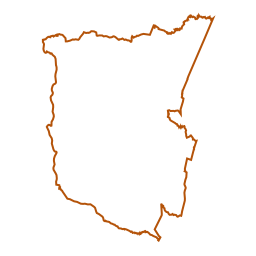 Candelaria, Valle del Cauca, Colombia
{"feature_id": "7082276B28574289150765", "entity_name": "Candelaria", "entity_type": "district", "adm_level": 2, "iso_a3": "COL", "parent_name": "Colombia", "parent_adm1": "Valle del Cauca", "projection": "equal_earth", "projection_center": [-76.363, 3.377], "detail": "fine", "context": "isolated", "style": "outline", "palette": "amber", "viewbox_px": 256, "rotation_deg": 0, "n_neighbors": 0, "source": "geoboundaries", "source_scale": "gbopen_adm2", "svg_char_len": 5697}
<svg xmlns="http://www.w3.org/2000/svg" viewBox="0 0 256 256"><path d="M158.6,240.6L160.4,237.3L158.9,236.0L154.7,229.4L161.7,215.3L161.8,213.9L161.2,203.7L162.1,205.2L163.2,205.8L163.3,206.2L162.8,206.5L162.8,206.8L163.2,207.4L164.5,208.3L164.6,209.7L165.0,210.6L166.5,212.0L168.0,212.3L168.6,213.7L169.6,214.8L171.4,214.7L172.6,214.0L173.1,214.8L173.6,215.1L174.5,214.7L176.2,215.1L177.2,216.5L177.8,216.7L179.9,215.4L181.2,215.8L181.5,214.7L182.1,211.3L184.8,200.7L184.9,198.6L184.4,192.8L184.8,190.6L185.6,188.4L185.7,187.7L185.3,186.5L184.6,185.0L184.4,184.1L185.4,179.7L186.3,177.2L186.6,172.4L184.7,171.2L185.2,170.6L184.9,169.4L184.9,168.7L187.1,158.5L191.1,159.9L193.5,150.6L194.0,149.5L193.8,149.3L194.2,147.9L193.9,147.6L194.0,147.3L194.3,147.4L194.5,146.8L196.5,140.8L195.6,141.0L193.9,139.4L192.9,139.5L192.8,137.9L190.9,135.4L190.5,135.5L189.7,136.5L186.9,137.7L186.2,135.9L186.2,134.7L185.6,131.8L186.1,130.5L185.5,129.0L184.6,127.9L184.4,127.1L184.6,126.8L184.3,126.1L182.8,126.5L182.2,127.1L182.0,126.6L181.8,126.9L181.1,127.1L180.8,126.4L180.6,127.3L180.2,126.6L179.5,126.7L179.1,127.3L178.7,126.1L178.2,126.0L178.0,125.6L177.4,125.5L177.3,124.6L177.0,124.1L175.7,123.7L175.2,123.1L170.4,120.3L169.6,118.8L169.7,118.2L168.9,117.4L167.9,117.0L167.9,116.2L168.3,115.7L168.5,115.0L168.3,114.5L168.8,114.4L168.9,114.1L168.7,113.3L168.4,113.3L168.2,113.0L167.9,110.6L169.2,110.2L170.5,111.0L173.8,110.9L174.7,111.3L175.6,110.8L177.8,110.5L178.6,111.0L180.8,114.2L180.6,109.3L182.9,101.7L183.5,98.5L181.8,97.5L181.7,97.2L182.0,96.8L182.2,94.7L182.0,94.4L182.3,93.6L182.1,93.5L182.4,91.6L182.5,91.7L182.7,90.6L187.6,79.1L187.4,78.9L188.3,76.4L204.4,39.0L213.1,18.4L212.2,19.1L211.3,20.3L211.1,20.0L211.1,18.6L209.7,17.7L209.6,16.8L209.3,17.0L209.2,17.9L209.0,18.2L208.6,18.0L208.5,17.5L208.3,17.4L208.0,17.6L207.6,17.6L206.8,18.4L206.2,18.6L205.6,18.2L204.9,16.9L204.2,17.2L203.3,17.0L202.9,17.6L202.4,17.7L201.3,16.7L200.5,16.7L199.3,16.2L199.0,15.7L198.9,16.7L198.7,16.7L198.8,15.6L197.9,15.6L197.5,16.2L198.0,17.6L197.8,18.2L196.9,19.0L196.1,18.5L195.5,19.0L195.3,18.8L195.3,17.9L195.1,17.6L193.3,16.6L192.6,17.1L191.3,16.1L190.8,15.4L190.3,15.4L190.1,15.6L190.1,16.0L190.9,16.3L190.6,17.1L190.4,17.2L190.0,16.7L189.6,16.9L189.2,16.4L188.7,16.6L187.8,18.3L187.7,19.0L188.0,19.6L187.4,19.6L187.3,20.5L186.5,20.4L185.4,21.1L184.9,21.1L183.6,22.2L183.6,22.6L184.1,22.8L183.9,23.9L184.1,24.3L182.4,26.0L182.0,26.8L181.6,28.6L180.1,28.4L179.7,29.9L179.1,30.2L178.9,30.0L178.8,29.3L177.4,28.8L177.0,29.3L177.0,30.2L176.6,30.2L176.4,29.9L176.1,28.9L175.8,28.9L175.2,29.4L174.6,29.5L175.3,30.5L175.3,31.0L173.9,32.7L173.5,32.9L172.8,32.9L171.9,32.1L171.0,33.0L171.1,33.5L170.9,33.8L170.2,33.3L169.7,33.6L169.2,33.1L168.3,33.8L168.0,33.8L167.8,33.7L167.5,32.7L167.0,32.9L166.8,32.1L165.4,31.6L164.3,30.6L158.7,29.1L158.8,28.6L158.2,27.8L154.9,25.5L154.5,26.0L155.0,26.6L154.6,27.7L153.8,27.1L154.3,26.4L153.6,25.7L149.9,34.8L143.5,33.9L141.1,34.5L138.1,35.9L137.0,35.7L136.4,36.4L134.2,37.1L133.7,37.6L132.2,36.2L131.7,37.3L131.6,40.5L131.3,41.7L130.7,41.8L129.6,40.8L128.9,40.5L128.1,40.3L127.5,40.4L126.0,39.6L125.4,39.5L124.8,39.9L124.4,39.9L122.5,38.5L121.0,39.2L119.4,39.3L119.1,39.8L118.6,39.8L115.3,37.0L113.8,36.3L113.1,36.4L112.5,36.9L111.4,37.3L109.5,37.5L106.9,36.3L105.7,36.1L103.6,36.4L102.3,35.5L99.5,35.4L97.2,35.8L96.7,35.5L96.2,32.4L94.0,31.4L91.6,31.2L91.1,31.3L90.1,32.3L88.7,32.9L88.1,32.7L86.1,33.0L83.9,32.2L83.1,33.7L80.2,37.2L79.3,38.9L78.3,39.8L75.6,39.3L73.9,39.7L72.9,39.4L69.9,40.7L67.1,41.4L65.8,41.4L65.5,38.2L62.7,35.1L62.1,34.8L60.5,34.6L59.4,34.1L58.2,34.4L57.8,35.0L57.6,35.9L56.9,35.9L57.1,35.1L56.9,34.6L55.7,35.1L53.6,36.5L53.0,35.7L50.4,36.4L50.3,37.2L48.3,36.8L46.7,38.0L45.6,39.3L44.1,39.4L43.7,40.0L42.9,39.9L42.9,42.0L43.8,43.5L44.0,44.4L43.4,48.9L43.8,50.7L44.7,52.3L45.6,52.8L46.1,52.7L46.5,52.4L46.9,51.5L47.9,52.2L49.4,52.6L50.0,53.0L50.4,53.7L51.6,53.4L52.5,54.8L54.8,56.8L55.6,58.9L56.0,65.3L56.3,66.0L56.6,67.6L56.6,69.7L55.5,74.1L55.3,76.4L56.0,82.0L55.9,82.7L55.3,83.6L53.5,84.5L52.5,86.2L51.8,88.8L51.8,90.0L52.0,90.8L52.8,92.5L52.8,93.6L52.4,94.7L51.0,96.2L50.6,97.5L51.0,100.3L53.1,104.8L53.2,107.1L52.6,111.7L53.7,114.9L53.8,116.6L53.0,119.3L51.6,121.8L51.5,122.8L51.5,125.1L51.4,125.7L50.8,125.8L49.5,124.9L48.8,124.8L47.7,125.5L46.8,126.9L48.8,131.1L49.6,134.9L51.7,138.2L52.2,140.6L51.8,143.5L53.5,149.5L54.2,150.8L55.1,151.6L56.2,151.7L56.5,152.0L56.6,152.5L56.4,153.2L54.8,156.1L54.0,158.6L53.9,160.9L54.6,164.5L53.5,167.4L53.4,168.4L53.6,169.8L55.7,173.4L56.5,175.1L56.8,178.2L56.7,179.5L56.1,181.7L56.3,184.7L59.3,185.2L59.5,186.2L60.0,186.9L59.3,187.6L59.2,188.3L59.2,188.7L60.2,188.5L60.4,189.3L60.9,189.4L61.4,190.3L62.1,190.6L62.5,191.5L67.4,198.7L69.9,199.2L74.1,201.3L77.1,201.9L80.8,203.7L83.2,203.9L84.9,203.7L87.8,204.4L90.5,204.3L94.2,206.9L95.1,207.9L96.2,211.6L96.8,213.0L99.0,214.1L102.5,216.7L103.2,218.0L103.7,220.3L104.1,220.8L105.0,221.2L105.4,220.7L107.1,221.6L107.9,221.6L109.3,222.0L110.9,223.4L112.4,223.8L114.0,224.7L114.7,224.7L115.4,225.5L116.8,226.3L117.5,226.3L118.3,227.7L118.9,228.3L121.1,228.5L122.3,229.1L123.8,228.9L124.4,229.4L124.8,229.0L126.5,229.5L129.7,231.0L130.8,231.9L131.7,231.5L132.7,232.9L134.2,232.5L135.0,233.2L135.8,232.8L137.0,233.6L137.7,233.3L138.0,233.8L138.2,233.5L138.5,233.6L138.9,233.4L139.4,233.6L139.7,233.1L139.9,233.8L140.2,233.4L140.7,233.8L140.9,233.6L141.2,232.8L141.8,232.5L142.1,232.5L142.3,232.0L142.8,232.0L143.1,231.8L143.6,232.0L144.8,231.2L145.2,231.9L145.6,231.4L146.3,232.1L147.4,231.9L148.9,233.1L150.3,234.7L151.9,235.1L153.3,236.0L156.7,237.4L157.2,238.3L158.1,238.7L158.5,239.2L158.1,240.2L158.6,240.6Z" fill="none" stroke="#b45309" stroke-width="2"/></svg>